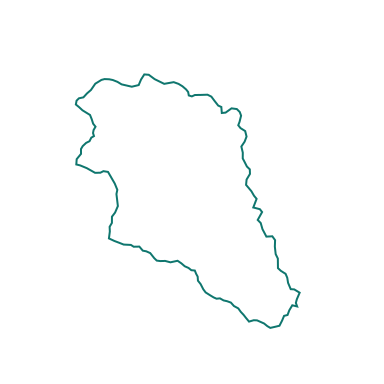 Santa Inês, Paraíba, Brazil, rotated 204°
{"feature_id": "56859067B59981406570514", "entity_name": "Santa Inês", "entity_type": "district", "adm_level": 2, "iso_a3": "BRA", "parent_name": "Brazil", "parent_adm1": "Paraíba", "projection": "orthographic", "projection_center": [-38.582, -7.667], "detail": "fine", "context": "isolated", "style": "outline", "palette": "teal", "viewbox_px": 384, "rotation_deg": 204, "n_neighbors": 0, "source": "geoboundaries", "source_scale": "gbopen_adm2", "svg_char_len": 2135}
<svg xmlns="http://www.w3.org/2000/svg" viewBox="0 0 384 384"><g transform="rotate(204 192 192)"><path d="M52.7,143.8L59.0,144.6L62.3,143.4L67.3,148.1L70.1,152.4L73.2,155.3L78.7,156.1L82.5,157.4L86.5,166.1L90.3,169.3L94.1,175.8L96.5,181.8L100.6,184.2L105.9,181.5L112.5,186.7L116.6,191.6L120.6,193.2L119.8,202.2L123.0,203.9L129.7,202.8L130.2,212.0L133.8,213.8L138.1,216.9L145.5,220.5L147.2,225.6L146.4,232.1L148.4,236.2L152.2,237.6L156.5,241.1L159.3,243.3L161.6,248.6L165.4,253.6L164.4,259.4L164.7,264.8L168.2,269.3L173.7,270.1L176.9,271.8L177.1,275.4L178.2,281.7L180.9,284.5L184.8,286.0L189.9,284.5L193.6,278.2L196.9,276.3L199.8,281.6L203.2,281.6L208.3,284.3L213.1,287.0L217.4,287.2L224.0,284.0L228.8,281.8L231.0,279.3L234.2,278.9L236.2,281.8L239.1,283.3L243.7,284.7L248.3,285.3L253.4,284.9L261.4,279.5L272.0,279.9L279.2,281.5L283.4,280.0L284.3,274.1L284.2,268.0L289.8,263.7L300.1,261.7L304.9,262.3L309.9,262.1L313.5,261.3L317.8,259.6L320.3,257.6L324.4,251.6L325.8,244.1L328.0,239.4L329.7,234.3L333.4,231.6L334.6,228.5L333.7,224.7L329.7,223.6L325.3,222.1L321.7,221.6L316.5,220.9L313.2,217.7L310.1,214.2L306.7,212.4L307.1,208.6L306.4,205.6L304.3,203.2L306.1,200.7L306.3,196.7L308.7,193.8L310.5,189.5L310.9,186.1L308.9,181.7L310.7,175.1L308.9,170.1L305.1,170.8L297.8,171.0L288.4,170.1L283.6,172.3L281.4,175.0L276.9,176.2L266.0,168.3L261.1,163.6L260.2,159.4L254.0,149.0L253.9,141.9L255.1,136.9L252.6,131.2L253.1,126.7L251.0,122.5L249.0,115.8L243.0,115.7L237.6,116.0L233.0,116.2L226.3,118.8L223.0,118.3L217.9,120.7L213.1,118.4L209.7,119.2L205.3,119.2L199.6,116.2L196.3,115.0L192.9,116.0L188.5,118.1L183.1,119.0L177.2,123.3L172.7,122.5L168.4,121.2L164.3,121.2L160.8,120.3L157.5,121.4L154.9,118.9L152.4,117.0L150.5,113.4L146.7,111.4L142.1,107.7L138.7,105.8L133.3,105.0L129.3,104.5L126.2,104.5L123.2,106.2L119.1,105.8L115.5,106.5L111.5,106.8L107.3,104.9L102.4,104.5L98.6,102.3L94.8,100.7L91.8,99.1L87.2,96.8L83.4,100.0L80.3,101.2L72.7,101.2L68.6,100.1L65.2,99.7L61.2,102.7L57.7,105.4L57.4,111.2L57.5,116.3L54.7,118.5L55.0,123.5L54.3,129.3L49.4,130.2L52.0,132.9L52.6,136.6L52.7,143.8Z" fill="none" stroke="#0f766e" stroke-width="2"/></g></svg>